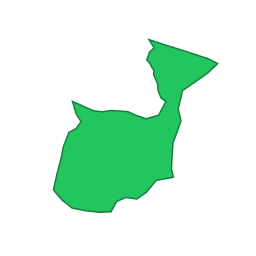 the district of Artemi, Cyprus, rotated 24°
{"feature_id": "46923920B3651826109354", "entity_name": "Artemi", "entity_type": "district", "adm_level": 2, "iso_a3": "CYP", "parent_name": "Cyprus", "parent_adm1": "", "projection": "robinson", "projection_center": [33.718, 35.325], "detail": "fine", "context": "isolated", "style": "filled", "palette": "green", "viewbox_px": 256, "rotation_deg": 24, "n_neighbors": 0, "source": "geoboundaries", "source_scale": "gbopen_adm2", "svg_char_len": 827}
<svg xmlns="http://www.w3.org/2000/svg" viewBox="0 0 256 256"><g transform="rotate(24 128 128)"><path d="M111.2,38.7L119.3,44.2L116.8,49.7L117.1,53.4L117.5,58.2L121.3,59.8L125.1,62.9L128.5,64.9L129.5,68.7L134.4,73.1L137.5,76.1L140.2,81.5L145.7,86.9L151.9,88.6L150.7,104.0L140.6,112.3L130.5,113.1L121.3,113.1L105.3,118.9L97.7,123.8L89.3,126.3L77.5,126.3L66.5,126.3L75.0,136.3L82.5,141.2L80.9,149.5L75.8,156.1L76.6,171.8L79.2,182.6L81.7,198.3L85.1,214.8L88.6,216.6L96.8,220.6L109.5,223.9L123.8,220.6L136.4,216.5L146.5,211.5L147.4,199.9L154.1,192.5L165.0,189.2L170.9,179.3L175.1,164.4L189.5,154.5L184.4,147.8L180.2,137.1L175.1,123.0L174.3,109.8L173.5,99.9L165.9,89.9L164.2,80.0L162.5,71.8L170.1,59.3L178.5,45.3L183.7,32.7L173.5,32.1L149.9,34.5L128.0,37.0L111.2,38.7Z" fill="#22c55e" stroke="#15803d" stroke-width="1.5"/></g></svg>